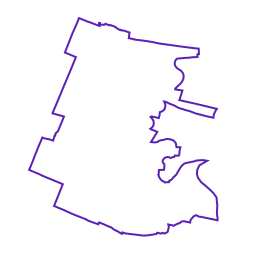 outline of Dobresti, Dolj, Romania, rotated 184°
{"feature_id": "2599482B36171757906736", "entity_name": "Dobresti", "entity_type": "district", "adm_level": 2, "iso_a3": "ROU", "parent_name": "Romania", "parent_adm1": "Dolj", "projection": "orthographic", "projection_center": [23.926, 43.971], "detail": "fine", "context": "isolated", "style": "outline", "palette": "violet", "viewbox_px": 256, "rotation_deg": 184, "n_neighbors": 0, "source": "geoboundaries", "source_scale": "gbopen_adm2", "svg_char_len": 5575}
<svg xmlns="http://www.w3.org/2000/svg" viewBox="0 0 256 256"><g transform="rotate(184 128 128)"><path d="M184.5,234.2L186.7,227.6L190.1,218.3L194.2,205.2L196.2,198.9L184.9,195.1L187.0,188.7L189.0,182.7L192.0,173.8L194.7,166.0L197.2,158.4L200.1,149.9L201.9,144.5L203.8,139.1L204.3,137.4L201.8,136.8L195.4,135.6L192.7,135.0L193.9,131.1L195.4,126.7L196.7,122.8L197.5,120.1L197.6,119.9L198.4,119.2L199.1,118.3L199.8,117.7L199.9,117.0L199.9,116.2L199.9,115.6L199.8,115.3L199.3,115.1L200.6,115.4L201.6,111.1L201.9,110.2L202.4,110.3L204.0,110.8L206.3,111.3L208.6,111.6L210.6,111.8L212.8,112.5L214.4,107.8L214.9,106.5L216.7,101.0L218.6,95.2L219.8,91.3L220.4,89.2L222.7,82.2L223.7,79.4L220.9,78.3L213.7,75.9L209.7,74.3L205.6,72.9L189.1,67.4L196.3,45.1L192.3,43.7L189.1,42.6L185.8,41.6L184.6,41.0L180.2,39.4L177.9,38.5L175.9,37.9L174.3,37.3L172.9,36.9L166.5,34.9L164.4,34.3L163.9,34.2L163.4,34.0L162.8,33.4L162.1,33.2L161.4,32.9L160.7,32.5L159.7,32.3L153.2,30.5L150.9,29.9L150.5,31.3L150.4,31.4L150.2,31.7L150.1,31.8L148.2,31.1L145.5,30.3L143.4,29.5L141.8,28.9L140.8,28.6L137.8,27.6L136.7,27.0L135.3,25.9L132.9,24.9L132.2,24.6L131.9,24.4L131.3,24.3L130.2,23.7L127.9,22.4L127.3,22.2L126.4,22.1L126.5,23.4L126.1,23.4L124.6,23.1L123.8,22.8L122.8,22.6L122.0,22.6L112.0,22.1L107.4,21.8L105.4,21.8L104.3,21.8L99.1,22.6L98.0,23.0L96.8,23.1L93.8,24.0L92.3,24.3L92.1,24.6L91.9,24.9L91.8,25.3L91.7,25.5L91.2,25.6L90.4,25.5L89.8,25.2L89.3,25.3L88.2,25.0L87.8,25.0L87.6,25.0L87.3,25.1L87.2,25.3L86.7,25.6L86.1,25.8L85.6,25.8L85.3,25.6L84.4,25.3L83.7,25.5L82.6,26.1L81.3,27.1L81.1,27.7L80.6,30.7L80.4,31.9L80.4,32.3L80.4,32.6L80.5,33.0L80.7,33.3L80.8,33.6L81.0,34.1L81.1,34.6L80.4,34.5L80.2,34.4L79.6,34.3L78.1,34.2L77.3,34.1L76.1,33.7L75.9,33.6L75.6,33.6L75.0,34.1L74.6,34.4L73.9,34.8L72.4,35.5L72.0,36.0L71.7,36.1L71.4,36.3L70.8,36.4L70.0,36.5L69.5,36.9L69.3,37.2L69.2,37.3L69.0,37.6L68.4,38.1L68.1,38.3L67.4,38.6L67.0,38.8L65.0,38.9L64.2,38.7L63.7,38.5L62.6,38.5L59.4,38.0L59.3,38.9L59.3,39.9L59.2,40.5L57.9,42.4L56.8,44.0L55.8,44.8L54.4,45.6L54.1,45.7L53.8,45.7L53.5,45.6L51.2,44.6L48.3,44.4L45.6,44.0L40.2,43.3L36.7,42.8L34.2,42.5L32.3,42.2L32.3,44.1L33.4,49.0L33.5,56.9L34.9,65.0L38.2,69.0L42.7,72.8L47.9,76.7L51.3,79.1L54.8,83.4L56.0,86.7L56.0,91.2L54.1,95.8L46.8,100.8L50.5,101.2L53.7,100.9L56.9,100.4L57.9,100.2L58.6,99.7L60.7,99.0L61.1,99.0L62.2,98.6L65.5,97.7L67.7,97.1L69.1,96.6L69.6,96.2L71.4,94.4L72.2,93.4L74.4,89.4L76.4,85.1L76.9,84.5L78.7,82.5L78.8,82.5L81.2,79.3L81.9,79.0L82.6,78.5L83.1,78.3L83.0,77.3L83.3,76.8L83.8,76.8L86.3,76.5L87.3,76.2L87.8,76.6L88.2,76.9L89.0,77.2L89.5,77.4L90.2,77.7L91.1,78.3L92.4,79.7L93.0,80.5L93.5,81.2L94.0,82.4L94.2,83.2L94.4,83.5L94.2,83.6L94.2,88.3L89.2,88.8L89.2,89.2L89.0,90.1L89.2,94.5L90.4,95.4L90.9,96.1L91.1,97.2L91.2,98.0L90.7,98.9L89.8,100.2L89.1,100.9L88.0,101.4L86.9,101.8L85.4,101.8L84.3,101.4L83.8,101.2L83.5,101.0L82.7,101.5L81.7,101.8L81.1,102.2L80.1,102.2L79.7,102.6L79.5,103.0L79.4,103.6L79.4,103.8L75.5,103.9L75.4,104.1L75.2,104.7L75.0,106.1L74.9,107.2L75.0,108.0L74.9,108.7L74.6,111.5L74.4,112.4L78.3,112.3L79.3,116.3L80.6,117.7L81.4,118.5L82.5,119.0L83.9,119.4L85.0,119.6L86.6,119.8L88.5,119.8L92.5,118.4L93.9,118.2L96.5,117.2L97.1,116.4L98.3,115.9L100.0,115.5L103.0,115.5L104.1,115.6L98.5,126.2L100.8,127.0L102.7,127.6L104.7,128.1L105.7,128.8L104.3,129.9L103.5,131.1L102.8,132.3L102.7,133.4L102.7,134.9L102.9,136.3L103.3,137.3L104.2,138.5L105.2,139.7L106.3,140.5L105.3,141.2L100.1,140.4L98.3,140.0L98.0,140.0L97.3,143.6L97.4,144.9L97.4,145.4L97.3,146.1L95.8,146.6L93.8,148.1L93.0,149.1L92.4,151.1L92.3,152.6L92.4,154.2L93.1,155.8L93.8,156.9L92.1,156.7L90.1,155.9L87.7,155.0L83.2,153.6L79.2,151.7L77.9,151.3L74.8,150.7L73.1,150.2L70.8,149.7L67.8,149.2L61.8,147.3L50.5,145.2L46.3,144.6L43.5,144.2L43.5,145.4L43.2,147.7L42.8,148.9L42.5,149.6L41.8,151.4L41.4,152.1L40.7,153.3L62.2,156.9L74.9,158.8L75.2,158.9L78.0,159.3L78.7,159.4L76.3,169.2L80.7,169.5L83.0,169.8L83.7,169.8L83.7,170.2L83.6,170.4L83.2,171.1L82.8,171.6L81.8,172.7L78.9,175.8L77.9,177.1L77.4,177.9L77.1,178.6L76.5,179.9L76.1,181.3L76.1,182.2L76.1,183.1L76.2,183.9L76.5,185.4L76.7,185.8L76.9,186.4L77.3,186.9L77.7,187.4L78.5,188.1L79.0,188.6L79.5,189.1L80.8,189.7L82.4,190.6L83.0,191.0L83.6,191.4L84.6,192.5L85.1,193.2L85.4,193.8L85.7,194.6L85.9,196.1L85.9,197.1L85.8,197.4L85.4,198.5L84.9,199.4L84.2,200.4L83.9,200.6L83.2,200.7L75.2,202.0L72.7,202.3L67.2,203.3L66.4,203.3L63.6,203.7L63.9,206.3L62.4,206.6L63.0,212.1L69.0,212.3L82.4,213.1L97.0,214.1L103.1,214.5L108.3,215.3L114.3,215.9L120.1,216.3L127.9,216.7L127.9,216.8L128.0,217.0L129.4,217.1L130.7,217.3L133.5,217.7L133.3,219.4L133.3,221.2L133.1,223.4L134.0,223.5L134.9,223.8L136.6,224.2L137.1,224.5L138.1,224.8L138.6,224.7L138.8,224.7L139.7,224.9L140.4,225.1L140.6,225.0L140.9,224.9L141.3,225.0L141.5,224.9L141.8,225.0L142.1,225.2L142.5,225.2L142.6,225.4L143.0,225.4L143.0,225.5L143.4,225.5L143.6,225.6L143.9,225.6L144.4,225.8L145.4,226.5L145.9,226.6L146.5,227.0L146.7,227.3L147.1,227.6L147.4,227.8L147.8,227.8L148.1,228.1L150.4,228.8L151.1,229.0L151.4,229.0L151.5,229.1L151.8,229.1L152.0,229.3L152.4,229.4L152.6,229.3L153.4,229.4L153.9,229.2L154.2,229.4L154.6,229.4L155.1,229.5L155.3,229.5L155.5,229.6L155.9,229.7L156.7,230.1L157.1,230.2L157.5,230.4L157.8,230.4L158.0,230.2L158.4,229.8L158.7,229.4L158.8,229.4L159.0,229.3L159.6,229.3L160.1,229.4L160.9,229.2L161.0,229.1L161.7,229.1L162.5,229.3L162.7,229.6L163.3,230.8L164.2,230.8L164.2,229.9L164.1,229.1L164.0,228.5L163.7,227.9L165.4,228.3L174.5,231.1L175.7,231.3L176.4,231.5L177.7,232.0L184.5,234.2Z" fill="none" stroke="#5b21b6" stroke-width="2"/></g></svg>